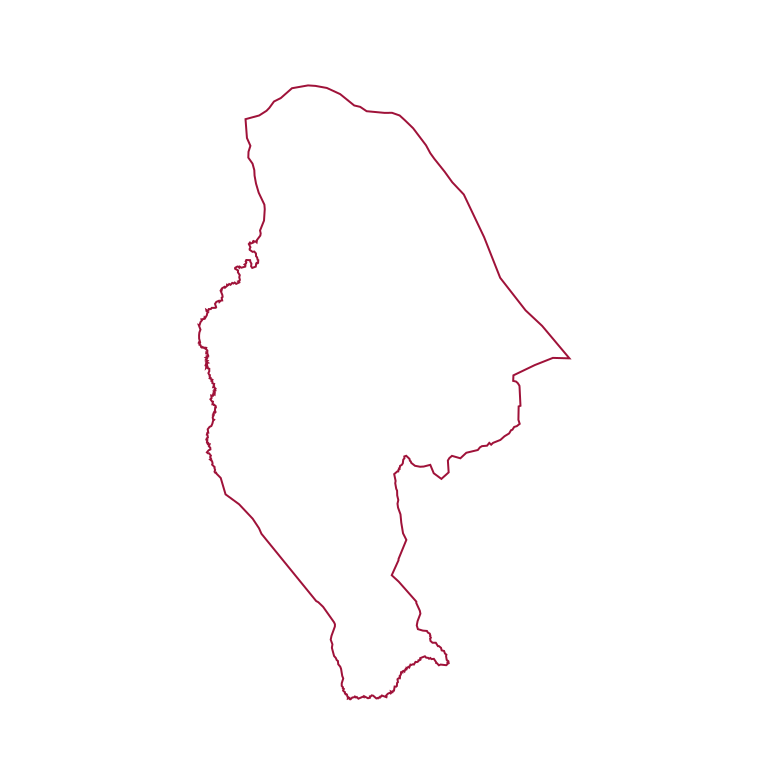 outline of East Gonja Municipal, Northern, Ghana, rotated 349°
{"feature_id": "2480657B20562210440652", "entity_name": "East Gonja Municipal", "entity_type": "district", "adm_level": 2, "iso_a3": "GHA", "parent_name": "Ghana", "parent_adm1": "Northern", "projection": "natural_earth1", "projection_center": [-1.128, 8.347], "detail": "fine", "context": "isolated", "style": "outline", "palette": "rose", "viewbox_px": 768, "rotation_deg": 349, "n_neighbors": 0, "source": "geoboundaries", "source_scale": "gbopen_adm2", "svg_char_len": 6155}
<svg xmlns="http://www.w3.org/2000/svg" viewBox="0 0 768 768"><g transform="rotate(349 384 384)"><path d="M201.5,434.0L201.8,436.1L200.9,437.8L201.5,439.0L202.3,439.0L202.5,440.1L205.8,445.1L207.4,462.1L218.8,474.4L229.4,491.2L233.8,501.8L235.1,507.6L276.0,584.1L277.9,585.7L281.7,591.1L289.5,608.4L290.0,610.5L289.5,612.7L284.4,621.2L282.9,624.8L283.7,629.7L282.5,633.0L283.1,641.5L284.4,643.7L284.9,646.0L285.9,647.1L285.6,650.4L287.1,653.1L287.5,655.5L287.3,662.6L287.8,665.3L285.4,669.7L284.9,672.3L285.8,673.8L285.5,674.7L286.4,675.7L285.4,676.8L285.6,677.7L286.9,679.1L286.6,680.0L287.1,681.3L288.0,681.3L288.4,682.0L288.4,683.9L289.0,684.4L288.5,685.9L290.2,685.6L290.4,686.9L291.0,687.1L293.1,685.7L294.9,685.8L295.8,685.2L296.7,686.4L297.6,686.1L298.8,688.0L303.8,686.9L304.5,687.5L304.9,686.7L308.3,689.4L310.3,689.3L310.5,688.0L311.4,688.1L312.5,687.3L313.9,687.9L316.5,691.2L317.9,691.0L318.2,691.4L319.7,690.6L320.1,691.0L320.9,690.0L321.8,690.2L322.5,689.4L326.6,691.9L326.9,691.3L326.6,690.3L328.6,688.8L330.9,688.2L331.5,689.0L332.6,688.2L332.4,687.3L333.6,688.1L334.5,686.9L335.3,686.9L336.7,683.0L338.2,683.4L339.0,682.9L339.8,680.0L340.8,679.3L340.9,676.4L342.2,675.6L343.4,675.9L343.9,674.4L343.6,673.7L345.1,672.5L345.7,670.3L347.0,670.7L347.1,669.8L348.3,669.3L349.2,670.2L350.0,668.8L351.4,668.5L351.2,667.7L351.9,667.6L352.0,666.9L352.6,667.2L353.9,666.3L354.7,667.1L356.4,664.5L357.3,665.0L358.9,664.6L359.8,665.1L361.9,662.8L363.3,663.3L364.8,662.8L365.1,661.8L366.6,661.8L366.9,661.0L367.3,661.1L367.3,660.0L372.2,659.1L373.2,660.7L375.0,661.2L375.8,662.3L377.2,661.8L378.1,663.1L380.5,663.3L382.0,666.8L382.0,667.8L382.5,667.9L384.2,670.6L386.0,670.2L391.4,671.9L392.9,671.1L393.1,669.7L394.2,670.1L394.3,668.4L392.9,666.8L393.0,662.9L393.6,661.6L392.4,660.2L392.0,657.5L389.8,656.5L389.6,653.8L387.8,651.7L386.9,651.6L385.5,647.9L382.2,647.2L380.6,645.1L380.7,642.7L381.6,642.0L381.1,640.2L381.5,639.8L381.3,637.8L379.6,636.3L379.0,634.6L375.1,633.5L370.5,631.1L370.1,627.2L371.7,623.2L375.9,616.4L375.9,613.4L373.9,605.1L374.2,603.8L360.7,580.8L355.1,573.2L364.6,559.8L364.9,558.5L376.2,541.3L374.2,534.2L374.5,523.4L375.3,515.1L374.2,508.0L374.4,504.1L375.9,500.6L375.7,495.9L376.5,491.2L376.0,489.2L376.1,483.5L376.9,481.4L376.8,474.4L380.5,472.3L381.3,472.5L381.9,470.9L382.9,470.6L382.7,469.7L383.3,469.6L384.2,467.4L386.0,466.8L387.3,465.5L388.5,461.9L389.9,460.8L390.1,459.0L392.1,458.7L394.7,462.3L394.8,464.3L395.5,465.1L395.7,466.6L398.8,470.2L403.6,472.1L407.2,472.6L414.0,472.2L415.8,481.1L422.2,488.1L430.6,483.1L432.1,471.3L434.0,469.2L437.0,467.5L444.8,471.5L451.7,467.2L463.5,466.7L466.1,464.5L468.3,463.7L473.4,464.2L476.1,461.9L477.6,464.0L479.8,462.6L487.6,461.1L492.3,458.3L497.4,456.4L499.9,453.6L501.3,453.4L503.6,451.0L506.3,450.7L509.6,449.0L509.1,444.8L511.9,431.7L513.8,431.4L516.5,412.7L516.6,411.5L515.5,408.7L514.1,406.8L511.4,405.6L512.7,400.2L535.6,394.2L554.8,390.6L570.9,394.2L550.3,357.1L537.0,338.7L518.3,301.9L510.3,259.0L498.5,213.2L489.5,199.0L484.0,187.1L476.4,172.6L473.5,166.3L470.8,157.7L461.4,138.5L454.7,128.9L450.6,123.4L443.6,119.3L436.4,118.0L419.0,112.9L413.5,107.4L407.9,104.9L396.3,91.1L384.4,82.5L373.6,78.3L366.4,76.4L350.1,76.1L337.3,83.6L329.9,85.7L324.1,91.1L320.8,93.4L312.7,96.6L298.6,97.6L296.4,116.4L298.3,124.7L295.3,130.2L294.0,135.9L297.0,142.6L297.5,149.3L296.7,154.8L296.6,162.8L297.5,172.3L300.8,185.1L300.3,189.6L297.4,200.7L291.6,209.7L291.7,212.6L290.9,214.7L286.8,218.4L286.0,220.6L285.2,219.5L284.4,219.7L283.2,218.7L282.6,219.0L282.6,220.2L280.0,220.7L279.4,219.6L278.0,220.8L279.0,224.2L277.8,225.9L277.8,226.7L280.2,229.2L281.9,229.2L283.2,231.4L282.8,234.2L283.6,235.5L283.6,237.9L284.2,238.4L283.5,241.1L283.0,241.4L282.2,240.8L281.6,241.2L280.5,244.3L276.8,244.9L276.0,243.1L276.8,240.6L276.1,238.4L276.2,236.9L272.5,236.0L271.6,237.3L272.1,238.2L271.5,239.4L269.9,240.1L270.6,241.1L270.2,242.3L266.1,242.6L264.8,241.3L264.1,242.2L263.5,241.1L262.5,240.7L260.1,241.5L259.8,242.4L262.4,244.7L261.9,246.5L263.2,249.6L262.3,251.5L262.4,254.3L261.9,255.1L260.5,255.4L261.2,256.7L258.0,257.5L256.8,255.9L255.4,256.6L254.3,255.8L252.3,257.3L251.1,256.3L250.0,257.2L248.9,256.6L248.6,257.8L246.3,259.1L246.0,258.2L243.4,259.1L242.5,261.0L242.2,260.3L241.4,261.2L242.3,265.7L242.2,267.7L241.1,268.4L241.1,271.1L239.7,271.0L238.0,272.1L237.8,270.8L235.1,271.4L233.4,273.1L233.9,276.6L233.3,277.1L229.4,276.4L228.3,277.4L226.3,277.0L225.9,277.9L224.6,278.3L223.7,277.4L223.7,278.7L225.1,279.9L223.9,280.9L223.2,282.7L221.0,285.2L220.5,284.4L219.9,285.8L217.2,285.7L217.5,286.7L215.7,288.2L214.1,291.1L213.4,290.7L214.2,295.6L212.6,298.2L211.8,300.8L211.2,304.1L211.4,307.7L210.3,307.7L210.0,308.3L211.0,308.9L210.3,310.2L211.3,310.9L211.6,313.0L212.3,313.6L213.1,313.1L214.4,314.5L215.1,314.1L216.4,314.6L215.8,315.7L217.0,317.4L216.5,319.7L215.6,319.1L215.3,320.1L216.5,320.7L216.8,322.5L215.6,322.8L216.2,323.6L214.1,324.1L215.1,325.1L213.7,326.3L215.2,327.5L213.7,328.3L215.1,329.6L214.1,329.7L214.0,331.4L213.1,330.4L212.3,331.8L213.0,332.7L212.5,334.1L213.6,333.3L214.2,333.8L214.1,335.0L215.4,335.7L214.9,338.2L213.7,339.8L214.2,341.7L214.8,342.1L214.2,343.6L214.9,344.7L214.1,345.2L216.3,347.1L215.2,348.0L216.0,348.7L215.7,350.5L217.3,351.5L215.9,354.3L216.8,354.2L216.7,355.0L217.7,356.3L216.8,356.9L217.3,357.3L217.3,358.2L215.6,358.5L216.3,359.9L215.7,362.0L215.2,361.5L214.6,362.1L214.4,361.3L213.6,362.9L212.2,362.3L212.1,364.9L210.7,365.8L211.8,368.2L212.7,368.7L211.8,371.0L212.4,371.0L212.7,372.0L213.3,371.9L214.6,373.6L214.5,374.9L213.8,374.9L213.0,377.6L213.3,379.4L212.9,379.8L211.9,379.1L210.9,380.4L211.2,381.1L210.2,381.8L210.7,382.4L209.5,383.9L209.4,385.8L210.4,386.7L209.2,387.5L208.0,390.1L206.5,392.3L204.6,392.8L202.3,394.8L202.2,398.3L201.3,398.2L200.4,400.0L201.0,400.5L200.9,403.0L199.7,403.5L199.0,404.7L199.9,405.3L199.0,407.4L199.5,409.1L200.2,408.7L200.2,409.7L201.3,409.9L200.2,411.7L201.3,413.4L201.1,415.1L199.2,415.6L197.1,417.3L197.9,418.4L199.1,418.7L200.4,421.3L199.4,422.5L200.0,424.6L198.9,424.9L200.5,427.0L200.6,429.2L199.9,430.4L201.9,433.3L201.5,434.0Z" fill="none" stroke="#9f1239" stroke-width="2"/></g></svg>